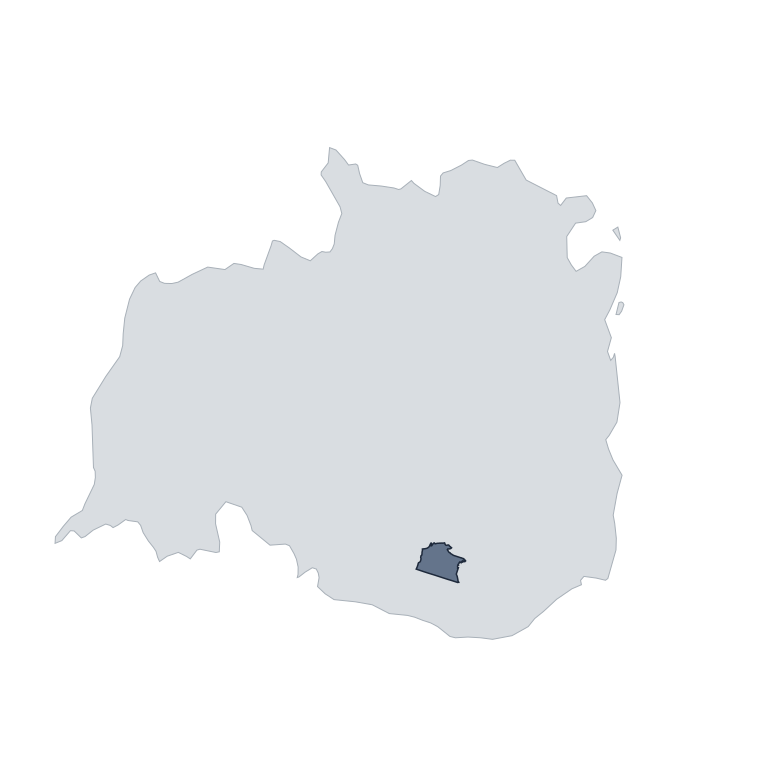 Varin, Siemréab, Cambodia (highlighted), rotated 198°
{"feature_id": "14789045B34127084332177", "entity_name": "Varin", "entity_type": "district", "adm_level": 2, "iso_a3": "KHM", "parent_name": "Cambodia", "parent_adm1": "Siemréab", "projection": "robinson", "projection_center": [103.87, 13.824], "detail": "fine", "context": "in_parent", "style": "filled", "palette": "slate", "viewbox_px": 768, "rotation_deg": 198, "n_neighbors": 0, "source": "geoboundaries", "source_scale": "gbopen_adm2", "svg_char_len": 7339}
<svg xmlns="http://www.w3.org/2000/svg" viewBox="0 0 768 768"><g transform="rotate(198 384 384)"><path d="M647.6,130.8L649.3,137.3L645.0,149.6L640.4,160.7L631.8,170.5L631.4,177.6L628.5,199.0L629.6,205.8L631.7,211.7L634.5,214.8L642.1,235.7L649.0,254.7L655.8,270.4L657.0,280.3L650.9,305.3L643.8,328.3L644.4,339.8L647.6,351.3L650.9,366.6L652.2,386.1L650.5,398.9L647.2,406.8L641.0,415.0L635.6,419.1L629.0,412.2L623.8,411.9L616.8,414.0L611.3,417.2L600.2,429.1L587.8,440.7L570.6,443.7L564.0,452.3L556.8,453.5L543.2,453.9L534.4,455.9L534.8,460.2L534.1,480.7L534.3,485.5L532.9,486.7L526.8,487.4L516.3,484.2L502.2,479.2L492.2,478.4L487.1,487.3L484.0,490.8L480.2,491.3L476.2,492.9L474.9,496.8L474.6,501.8L476.5,510.3L477.3,523.8L476.8,533.1L480.5,538.9L502.0,558.5L508.4,563.4L509.2,566.3L505.4,577.0L508.8,592.0L502.0,591.7L490.8,585.2L485.4,581.3L478.9,584.5L476.6,583.9L472.2,576.5L466.4,568.9L460.4,568.5L447.9,571.4L435.1,573.5L430.2,573.5L428.2,574.8L420.8,586.0L417.6,584.1L404.7,579.8L392.9,578.2L390.5,581.1L391.9,590.2L394.5,599.2L393.0,603.0L386.5,607.6L378.0,616.1L372.7,622.7L369.1,624.3L356.1,624.0L343.1,624.9L337.9,631.1L333.0,635.9L328.8,637.2L311.8,621.9L278.1,616.5L274.4,609.8L271.2,608.4L268.1,617.2L249.5,625.7L241.8,620.6L236.1,614.4L237.0,606.8L242.3,600.7L251.5,596.2L255.8,580.7L248.8,560.8L242.6,555.1L236.1,550.5L229.3,557.9L223.6,570.5L217.6,577.0L209.2,578.5L196.8,577.9L192.0,559.1L190.4,542.9L192.1,524.4L194.0,513.4L182.1,498.3L181.5,484.0L175.7,476.5L174.1,480.3L174.2,484.4L172.6,481.4L153.8,439.2L150.7,419.7L154.0,404.6L155.9,399.6L150.4,391.6L142.8,382.6L129.4,370.8L128.5,352.1L125.5,330.1L121.5,322.7L115.4,309.1L112.1,297.9L111.0,268.2L112.7,265.8L122.2,265.0L134.4,262.8L136.4,258.0L134.2,254.1L142.0,247.3L153.3,232.6L161.9,217.2L168.2,207.5L171.9,197.8L184.5,184.2L201.9,174.7L213.7,172.5L225.9,169.3L237.7,164.7L243.3,164.3L257.9,169.8L265.8,171.2L274.1,171.2L282.7,171.7L290.1,171.2L308.0,167.3L327.0,170.4L344.0,168.0L364.9,163.5L375.2,166.3L384.6,170.8L385.9,179.8L388.1,183.9L391.2,187.1L395.4,187.1L400.8,180.8L405.2,174.3L406.7,173.1L406.9,176.3L409.1,183.4L413.1,190.3L417.2,194.9L423.9,201.0L428.3,201.3L442.6,195.5L464.1,203.9L466.7,208.2L473.6,216.7L481.2,222.9L498.0,223.2L503.9,208.2L501.0,199.0L491.4,182.9L488.8,173.5L491.8,171.8L508.0,170.0L510.6,168.2L514.2,157.8L518.6,159.0L527.6,160.3L537.0,153.2L542.6,145.8L545.7,149.2L549.1,154.4L552.8,157.4L559.6,161.9L567.1,168.2L571.8,174.4L575.6,176.8L585.2,175.1L587.8,175.3L593.3,167.8L597.3,163.7L600.6,164.9L605.4,164.8L615.4,155.2L621.2,146.5L624.3,144.1L633.3,148.5L636.9,147.6L642.0,135.5L647.6,130.8ZM185.7,534.1L183.8,535.3L182.1,535.2L180.3,533.5L180.5,526.7L181.8,522.6L184.8,521.8L185.7,534.1ZM213.9,601.0L210.1,605.5L204.1,596.1L204.1,593.5L213.9,601.0Z" fill="#d9dde1" stroke="#a8b0b8" stroke-width="1"/><path d="M269.1,249.1L269.4,249.2L269.6,249.3L269.9,249.4L270.0,249.5L270.3,249.6L270.5,249.7L270.7,249.8L270.9,249.8L271.1,249.9L271.4,250.0L271.6,250.1L271.8,250.3L272.0,250.4L272.4,250.7L272.6,250.8L272.8,250.8L273.1,250.8L273.3,250.7L273.6,250.6L273.9,250.4L274.1,250.2L274.3,250.1L274.5,250.0L274.7,249.9L275.0,249.8L275.3,249.8L275.5,249.9L275.7,250.0L275.9,250.1L276.1,250.3L276.4,250.5L276.6,250.7L276.7,250.8L276.8,251.1L277.0,251.3L277.1,251.5L277.3,251.6L277.5,251.6L277.7,251.4L278.0,251.2L278.3,251.1L278.6,251.0L278.8,250.8L279.0,250.8L279.4,250.7L279.6,250.6L280.0,250.5L280.3,250.4L280.7,250.3L280.9,250.1L281.3,250.0L281.6,249.9L281.9,249.8L282.3,249.7L282.6,249.5L282.9,249.4L283.2,249.3L284.0,249.0L284.3,248.8L284.5,248.7L284.9,248.5L285.1,248.4L285.3,248.2L285.5,248.1L285.8,247.9L286.0,247.8L286.3,247.9L286.4,248.0L286.5,248.1L286.9,248.3L287.0,248.4L287.3,248.3L287.5,248.1L287.7,247.8L287.8,247.6L287.8,247.4L287.9,247.2L288.0,247.0L288.1,246.8L288.2,246.6L288.2,246.3L288.3,246.1L288.4,245.8L288.4,245.6L288.5,245.3L288.5,245.2L288.8,244.8L289.0,244.7L289.4,244.6L289.5,244.6L289.8,244.8L289.8,245.1L289.8,245.4L289.7,245.9L289.7,246.2L289.6,246.5L289.6,246.8L289.6,247.1L289.8,247.3L290.0,247.3L290.0,247.2L290.2,246.9L290.3,246.6L290.3,246.4L290.4,246.2L290.5,245.7L290.5,245.4L290.5,245.1L290.6,244.8L290.6,244.6L290.6,244.3L290.6,244.0L290.7,243.8L290.7,243.5L290.8,243.3L290.8,243.2L291.0,242.9L291.1,242.6L291.3,242.4L291.4,242.2L291.6,241.9L291.9,241.6L292.0,241.4L292.2,241.2L292.4,241.1L292.5,241.0L292.9,240.7L293.1,240.6L293.4,240.4L293.8,240.2L294.1,240.0L294.6,239.8L295.0,239.6L295.3,239.5L295.7,239.3L296.0,239.2L296.5,238.9L296.4,238.7L296.3,238.4L296.1,238.0L296.0,237.6L296.0,237.1L295.9,236.6L295.9,236.0L295.8,235.6L295.6,234.9L295.4,234.3L295.3,233.9L295.3,233.5L295.2,233.2L295.2,232.9L295.4,232.6L295.7,232.2L295.6,231.3L295.6,230.7L295.5,230.4L295.3,230.0L295.0,229.6L294.8,229.2L294.7,228.8L294.7,228.3L294.6,227.8L294.6,227.3L294.6,226.9L294.6,226.4L294.8,226.0L295.2,225.4L295.5,225.1L295.9,224.7L296.0,224.3L296.0,223.7L295.9,222.9L295.9,222.2L295.9,221.4L295.9,220.6L295.9,220.2L296.0,219.5L296.0,219.4L296.0,219.2L296.0,218.8L296.0,218.7L296.0,218.4L296.2,218.1L296.2,217.9L288.4,217.8L284.1,217.8L277.4,217.9L268.9,217.9L266.9,217.9L263.2,217.9L258.2,218.0L252.5,218.0L252.4,218.1L252.2,218.3L251.6,218.5L251.8,218.8L252.0,218.9L252.3,219.0L252.6,219.4L252.7,219.6L252.8,219.8L253.0,220.1L253.2,220.6L253.3,220.8L253.5,221.1L253.7,221.5L253.8,221.7L254.0,222.0L254.3,222.6L254.5,222.9L254.7,223.2L254.8,223.5L255.1,223.8L255.3,224.1L255.4,224.3L255.6,224.5L255.8,224.7L256.0,224.9L256.2,225.2L256.4,225.4L256.5,225.6L256.5,225.8L256.5,226.1L256.5,226.7L256.5,227.0L256.5,227.3L256.5,227.6L256.5,227.8L256.5,228.0L256.5,232.2L256.8,232.1L257.1,231.8L257.2,232.2L257.3,232.5L257.5,232.8L257.6,233.1L257.8,233.7L257.8,234.0L257.8,234.3L257.7,234.4L257.8,234.4L257.8,234.5L257.7,234.6L257.8,234.7L257.8,234.8L257.7,234.8L257.8,235.0L257.7,235.2L257.7,235.3L257.7,235.6L257.6,235.8L257.5,236.0L257.4,236.0L257.3,236.3L257.3,236.5L257.3,236.8L257.3,237.0L257.3,237.3L257.2,237.4L257.0,237.5L257.1,237.8L257.0,238.0L256.9,238.2L256.7,238.2L256.4,238.2L256.2,238.0L255.8,238.2L255.7,238.3L255.6,238.2L255.6,238.3L255.4,238.5L255.2,238.5L254.9,238.7L255.0,238.7L255.0,238.9L254.9,238.9L254.8,239.0L254.8,238.9L254.7,238.8L254.4,239.0L254.2,239.2L254.3,239.3L254.2,239.3L254.1,239.5L254.2,239.8L254.0,239.7L253.9,239.7L253.9,239.8L253.7,239.8L253.7,239.7L253.6,239.8L253.5,240.0L253.4,239.8L253.4,239.7L253.3,239.8L253.3,240.0L253.2,240.0L252.9,240.1L252.8,240.4L252.7,240.3L252.5,240.2L252.5,240.3L252.4,240.4L252.4,240.5L252.3,240.4L252.2,240.4L252.2,240.5L251.9,240.7L251.9,240.8L251.7,240.9L251.7,241.0L252.0,241.3L252.3,241.4L252.7,241.7L253.0,241.7L253.5,241.7L253.8,241.8L254.0,242.2L254.1,242.5L254.3,242.5L254.9,242.5L255.6,242.5L256.3,242.5L256.8,242.6L257.4,242.5L257.6,242.4L258.0,242.5L258.3,242.5L260.1,242.5L260.7,242.5L262.5,242.5L265.1,242.5L265.5,242.7L265.8,242.7L266.2,242.8L266.5,242.9L267.0,243.1L267.6,243.2L267.9,243.2L268.0,243.2L268.4,243.3L268.6,243.5L268.8,243.8L269.0,243.8L269.3,243.9L269.5,243.9L269.9,243.9L270.2,244.1L270.6,244.3L270.9,244.6L271.3,244.9L271.5,245.2L271.8,245.3L272.0,245.4L272.1,245.5L272.3,245.7L272.6,246.0L272.5,246.4L272.3,246.7L272.2,247.0L271.8,247.0L271.3,247.2L270.8,247.4L270.5,247.7L270.3,247.9L269.9,247.9L269.7,248.1L269.6,248.5L269.2,248.8L269.1,249.1Z" fill="#64748b" stroke="#1e293b" stroke-width="1.5"/></g></svg>